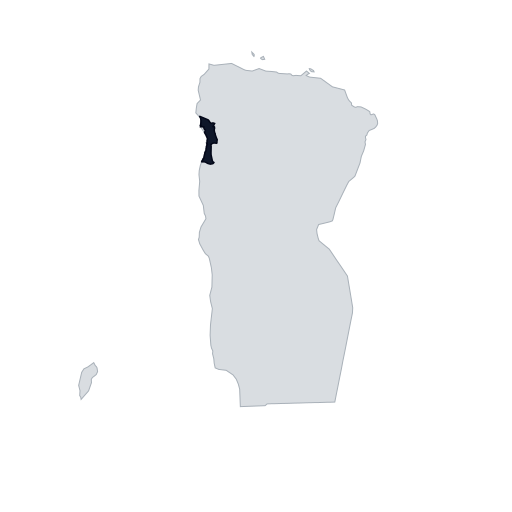 location of Khanfar, Abyan, Yemen, rotated 110°
{"feature_id": "15242507B88266569428979", "entity_name": "Khanfar", "entity_type": "district", "adm_level": 2, "iso_a3": "YEM", "parent_name": "Yemen", "parent_adm1": "Abyan", "projection": "robinson", "projection_center": [45.813, 13.334], "detail": "fine", "context": "in_parent", "style": "filled", "palette": "ink", "viewbox_px": 512, "rotation_deg": 110, "n_neighbors": 0, "source": "geoboundaries", "source_scale": "gbopen_adm2", "svg_char_len": 6367}
<svg xmlns="http://www.w3.org/2000/svg" viewBox="0 0 512 512"><g transform="rotate(110 256 256)"><path d="M402.9,219.2L386.7,225.8L382.4,228.8L378.5,232.4L375.6,236.9L373.6,244.9L375.3,252.2L375.1,256.1L370.9,258.7L367.0,260.5L362.7,263.4L360.0,264.1L357.8,266.3L355.3,267.9L346.2,272.0L336.3,275.2L320.4,279.0L314.3,283.1L308.8,286.0L300.3,286.8L288.7,290.7L282.3,293.9L274.3,299.0L272.5,300.6L271.1,304.4L268.6,307.6L263.8,313.0L260.2,315.7L257.8,315.8L253.1,317.3L247.5,317.6L238.1,315.8L235.7,317.1L233.7,319.2L226.5,322.8L219.2,330.1L213.8,332.1L205.2,334.4L199.1,337.4L195.0,338.6L189.8,339.3L180.0,339.0L170.8,340.1L162.3,342.1L158.3,346.0L153.7,352.2L146.2,354.8L144.5,357.0L142.1,361.5L137.3,362.7L132.9,363.5L128.4,361.5L120.0,367.0L116.8,367.9L111.9,368.1L108.5,369.3L106.0,368.9L103.0,366.8L96.4,364.2L91.6,365.9L91.2,360.7L83.4,344.8L85.0,330.9L85.0,329.0L83.5,322.8L78.8,317.2L78.9,310.0L77.4,304.9L76.1,299.6L76.5,298.2L76.6,297.0L74.2,288.8L73.4,287.2L73.1,285.5L73.9,284.2L73.9,282.7L72.6,280.2L71.3,275.5L64.9,271.8L66.2,268.3L67.5,269.5L69.2,270.6L69.5,268.3L69.5,266.6L66.9,256.1L70.9,242.1L69.7,229.5L75.8,224.4L77.3,222.8L78.2,221.5L79.6,218.6L81.6,217.7L82.3,214.6L82.2,213.1L81.0,211.8L80.0,208.3L80.4,203.8L80.7,201.9L81.4,198.5L83.5,197.3L84.0,196.2L82.3,194.1L82.5,192.8L86.1,189.2L87.5,188.1L89.9,187.0L91.7,187.0L93.8,187.6L95.7,188.6L97.5,190.5L99.4,192.6L102.3,193.4L104.4,193.2L106.0,194.1L107.4,193.6L108.9,192.5L111.5,192.6L113.7,191.3L120.2,190.8L126.4,191.1L132.9,190.1L139.3,190.2L145.8,190.3L147.3,190.4L148.7,191.1L154.2,194.3L158.4,194.9L166.7,195.8L175.7,196.7L183.4,197.6L190.0,196.8L195.5,196.2L196.9,196.3L198.6,198.3L201.9,203.2L205.0,207.9L210.4,208.1L213.9,206.4L217.7,203.9L220.1,202.0L222.8,194.4L224.5,189.5L228.5,184.0L231.9,179.4L236.3,173.2L238.7,169.9L243.6,163.2L248.2,160.6L257.2,155.5L265.9,150.6L271.6,147.4L276.5,145.9L284.6,144.7L294.2,143.2L303.8,141.7L314.0,140.1L325.4,138.4L333.2,137.1L343.1,135.6L351.4,134.3L358.7,133.2L366.3,132.0L367.8,135.7L369.2,139.4L370.7,143.1L372.2,146.8L373.6,150.6L375.1,154.3L376.5,158.0L378.0,161.7L379.5,165.4L380.9,169.1L382.4,172.8L383.9,176.5L385.3,180.2L386.8,183.9L388.3,187.7L389.7,191.4L391.2,195.0L393.5,196.2L394.9,199.6L396.9,204.5L398.9,209.4L400.9,214.3L402.9,219.2ZM426.2,368.2L428.2,368.6L431.3,367.3L440.0,367.2L450.6,371.3L448.6,372.4L447.5,373.9L442.8,375.3L438.2,378.4L424.9,380.0L420.9,379.1L417.7,376.0L411.7,372.0L414.0,369.5L414.5,368.3L415.4,367.2L418.8,365.3L422.1,365.6L426.2,368.2ZM69.0,318.6L68.5,319.4L67.9,319.2L65.9,317.3L68.2,315.1L69.3,317.1L69.0,318.6ZM62.7,269.2L61.7,270.0L61.4,268.5L62.1,265.3L63.1,264.4L63.8,266.8L63.4,268.1L62.7,269.2ZM67.9,328.5L65.8,329.7L67.2,326.7L68.7,326.1L69.2,326.2L67.9,328.5Z" fill="#d9dde1" stroke="#a8b0b8" stroke-width="1"/><path d="M157.7,346.5L157.8,346.3L158.1,346.0L158.5,345.5L158.9,345.0L159.4,344.4L159.7,344.1L159.9,343.9L160.3,343.5L160.5,343.4L160.7,343.1L160.9,343.0L161.0,342.9L161.2,342.7L161.3,342.6L161.5,342.3L161.8,342.1L162.0,341.9L162.3,341.7L162.5,341.7L162.9,341.5L163.0,341.5L163.3,341.5L163.5,341.5L163.8,341.5L164.0,341.5L164.3,341.4L164.5,341.3L164.8,341.2L165.0,341.1L165.3,341.0L165.5,341.0L166.2,340.8L166.5,340.7L166.8,340.6L167.0,340.5L167.1,340.4L167.1,340.5L167.3,340.4L167.3,340.5L167.4,340.4L167.6,340.4L167.9,340.3L168.0,340.3L168.3,340.2L168.5,340.1L168.9,340.0L169.1,339.9L169.2,340.0L169.3,340.0L169.5,340.0L169.8,340.0L170.0,340.0L170.3,340.0L170.5,340.0L170.7,339.8L170.9,339.7L171.0,339.7L171.3,339.7L171.5,339.6L171.8,339.6L172.0,339.6L172.3,339.6L172.5,339.5L172.9,339.3L173.1,339.3L173.4,339.2L173.6,339.2L173.8,339.2L174.1,339.1L174.3,339.1L174.6,339.1L174.9,339.1L175.4,339.2L175.5,339.2L175.5,339.3L175.9,339.3L176.0,339.3L176.3,339.3L176.4,339.2L176.5,339.2L176.6,339.3L176.7,339.2L177.0,339.2L177.3,339.2L177.5,339.1L177.8,339.1L178.2,339.0L178.3,339.1L178.5,339.1L178.9,339.0L179.0,339.0L179.3,338.9L179.5,338.9L179.8,338.9L180.1,338.9L180.5,338.7L181.0,338.7L181.3,338.6L181.5,338.6L181.8,338.6L182.1,338.7L182.4,338.6L182.5,338.7L182.7,338.8L182.8,338.8L183.0,338.9L183.1,339.0L183.2,338.9L183.4,338.9L183.6,338.9L183.8,338.9L183.8,339.0L184.2,339.1L184.3,339.1L184.5,339.1L184.8,339.2L184.9,339.3L185.0,339.3L185.3,339.3L185.5,339.3L185.9,339.3L186.0,339.3L186.0,339.2L186.0,338.9L185.8,338.5L185.7,338.2L185.4,337.4L185.3,337.2L185.2,336.7L185.1,335.8L185.1,335.3L185.2,334.8L185.3,334.2L185.5,333.4L185.5,332.8L185.4,331.4L185.3,330.4L185.1,329.9L184.9,329.7L184.5,328.9L184.0,328.2L183.8,328.0L183.5,327.9L183.3,327.7L183.2,327.7L182.5,327.6L182.5,327.9L182.1,328.8L181.4,329.6L176.3,332.8L174.6,333.5L168.4,335.6L167.8,335.9L167.4,336.2L167.2,336.3L167.0,336.5L166.9,336.5L166.7,336.6L166.7,336.3L166.5,336.1L166.3,336.0L166.0,336.0L165.8,336.0L165.7,335.9L165.3,335.7L165.1,335.5L164.9,335.2L164.5,334.6L164.4,334.5L164.3,334.3L164.2,334.2L164.1,333.8L164.0,333.6L163.9,333.0L163.8,332.7L163.7,332.3L163.6,331.7L163.4,331.5L163.2,331.4L162.9,331.4L162.8,331.5L162.7,331.6L162.5,331.8L162.4,331.8L162.0,331.8L161.8,331.9L161.5,331.9L161.0,332.0L160.6,332.1L159.8,332.3L159.4,332.7L159.3,332.9L159.1,333.1L157.2,334.7L156.0,335.7L155.8,335.8L155.7,335.9L155.3,336.0L155.2,336.1L154.7,336.4L154.5,336.8L153.8,337.3L152.2,338.2L151.8,338.4L151.2,338.5L150.6,338.5L150.2,338.6L149.9,338.7L149.7,338.8L148.9,339.2L148.7,339.6L149.0,339.7L149.0,339.9L149.2,340.2L149.3,340.4L149.3,340.5L149.2,340.6L148.5,340.6L145.6,340.2L145.6,340.5L145.6,341.5L145.7,342.0L145.8,342.3L146.0,342.4L146.2,342.7L146.4,343.1L146.5,343.3L146.5,344.0L146.3,344.5L146.0,345.2L145.1,346.3L144.5,347.3L144.4,347.9L144.0,356.3L144.0,357.1L144.2,356.7L144.4,356.4L144.8,355.9L145.0,355.5L145.4,355.2L145.6,355.1L146.1,354.8L146.3,354.7L146.6,354.5L146.9,354.4L147.2,354.2L147.7,354.0L147.9,354.0L148.1,353.9L149.3,353.5L149.7,353.4L149.8,353.3L150.0,353.3L150.3,353.2L151.4,353.0L151.5,353.0L151.4,352.9L151.5,352.8L151.5,353.0L152.5,352.8L152.9,352.7L153.0,352.6L153.4,352.5L153.5,352.4L153.4,352.3L153.5,352.3L153.3,351.8L153.2,351.7L153.2,351.3L153.1,351.1L152.8,350.7L152.9,350.3L152.9,350.2L152.7,350.1L152.6,349.9L152.6,349.7L152.6,349.4L152.5,349.2L152.9,349.0L153.0,349.0L153.5,348.8L154.1,348.3L154.3,348.2L154.6,347.8L154.6,347.6L154.7,347.3L154.8,347.0L154.8,346.8L154.9,346.7L155.0,346.7L157.7,346.5Z" fill="#0f172a" stroke="#020617" stroke-width="1.5"/></g></svg>